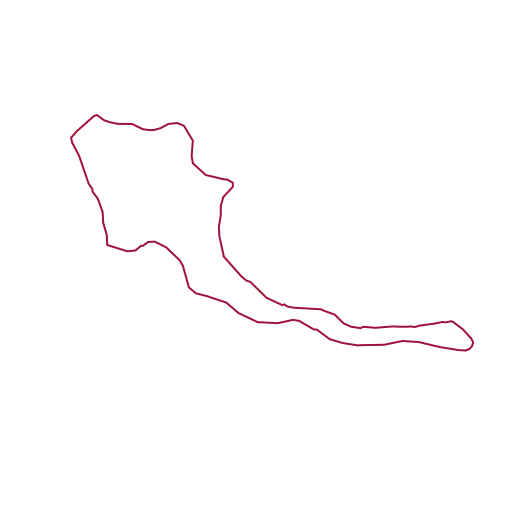 San Pedro Sacatepéquez, Guatemala, rotated 47°
{"feature_id": "79465075B65982966467051", "entity_name": "San Pedro Sacatepéquez", "entity_type": "district", "adm_level": 2, "iso_a3": "GTM", "parent_name": "Guatemala", "parent_adm1": "", "projection": "albers", "projection_center": [-90.6, 14.686], "detail": "fine", "context": "isolated", "style": "outline", "palette": "rose", "viewbox_px": 512, "rotation_deg": 47, "n_neighbors": 0, "source": "geoboundaries", "source_scale": "gbopen_adm2", "svg_char_len": 1395}
<svg xmlns="http://www.w3.org/2000/svg" viewBox="0 0 512 512"><g transform="rotate(47 256 256)"><path d="M448.6,183.2L463.3,171.7L468.2,167.0L469.5,163.3L469.3,159.6L467.2,156.0L463.2,154.9L450.9,154.7L438.7,156.8L436.9,157.7L434.0,162.3L431.3,164.8L429.7,167.5L427.3,171.4L418.8,183.4L416.2,188.4L413.1,190.8L411.2,193.3L405.7,199.2L400.7,204.1L390.0,217.6L381.0,225.8L380.0,228.8L372.4,234.8L364.9,237.9L352.5,238.4L343.3,243.2L339.2,244.9L319.4,263.8L314.0,267.7L310.7,268.3L310.0,270.2L293.8,276.8L271.0,277.8L267.5,279.8L260.9,280.6L234.6,280.0L216.4,269.2L209.1,262.9L202.3,254.1L195.3,247.5L190.6,239.7L189.6,225.6L186.4,223.0L180.3,225.0L178.6,226.8L167.7,234.0L162.6,237.5L145.3,239.0L139.1,235.0L128.5,223.5L111.6,219.9L104.9,223.0L99.6,230.2L97.3,238.9L94.2,244.7L91.8,247.6L86.1,252.3L75.1,256.5L64.8,267.2L58.8,271.4L53.3,274.5L44.4,276.2L43.1,279.0L42.5,301.6L43.4,310.6L47.6,313.1L62.0,317.0L89.1,329.1L95.6,330.0L97.4,331.6L106.5,332.7L119.3,338.2L127.5,345.1L138.7,350.7L146.5,357.3L164.8,346.9L169.8,340.3L170.1,332.9L171.4,332.0L172.2,325.3L176.4,320.3L188.3,315.8L207.3,314.7L213.6,316.3L233.2,326.5L242.3,325.4L251.8,319.3L269.8,309.5L285.8,307.7L305.5,299.9L319.8,286.1L328.0,272.4L332.9,268.7L349.5,263.7L351.0,261.8L367.1,258.8L378.6,252.1L390.7,242.6L394.2,238.5L408.4,222.7L417.9,207.0L429.9,195.7L448.6,183.2Z" fill="none" stroke="#9f1239" stroke-width="2"/></g></svg>